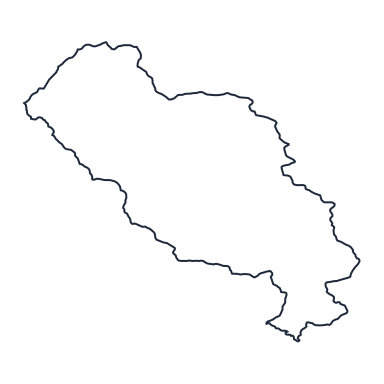 outline of Bagadó, Chocó, Colombia, rotated 269°
{"feature_id": "7082276B12521758233842", "entity_name": "Bagadó", "entity_type": "district", "adm_level": 2, "iso_a3": "COL", "parent_name": "Colombia", "parent_adm1": "Chocó", "projection": "equal_earth", "projection_center": [-76.226, 5.511], "detail": "fine", "context": "isolated", "style": "outline", "palette": "slate", "viewbox_px": 384, "rotation_deg": 269, "n_neighbors": 0, "source": "geoboundaries", "source_scale": "gbopen_adm2", "svg_char_len": 5953}
<svg xmlns="http://www.w3.org/2000/svg" viewBox="0 0 384 384"><g transform="rotate(269 192 192)"><path d="M294.6,38.9L292.7,34.8L291.8,33.6L290.3,32.4L287.4,30.9L284.9,28.0L283.8,25.7L282.0,27.4L281.4,27.5L280.1,27.6L279.5,27.9L277.1,27.8L276.0,28.4L274.2,28.4L272.7,28.9L271.0,30.7L270.3,31.9L269.7,32.3L268.1,32.3L267.3,35.6L267.3,37.1L269.0,39.3L269.3,40.3L269.3,41.1L269.1,42.0L268.4,43.6L267.2,44.1L266.1,46.4L264.8,46.9L263.1,48.9L262.5,49.2L260.0,49.5L259.4,51.1L258.4,52.7L256.9,54.0L255.2,54.9L253.7,54.7L252.6,53.8L251.4,53.3L250.6,54.8L250.2,55.2L247.0,57.1L245.9,58.5L244.5,59.5L241.9,63.0L239.4,64.4L237.8,65.9L237.1,67.1L236.2,71.9L233.4,75.4L232.7,75.7L230.2,75.8L227.5,78.4L222.0,80.2L221.7,81.7L221.1,83.2L219.5,84.8L218.3,87.4L216.8,89.3L215.3,90.0L212.8,90.3L212.3,90.5L211.0,91.8L210.2,92.1L208.1,92.6L206.6,92.4L206.1,93.0L206.0,93.8L206.1,94.7L206.9,96.8L206.9,97.7L206.7,99.5L205.5,104.6L205.3,110.4L203.9,115.2L202.7,117.0L201.1,118.6L198.8,120.1L195.0,120.8L194.3,123.0L193.9,123.7L192.4,125.4L191.1,126.1L187.3,126.3L184.9,125.3L182.6,125.3L179.3,123.3L177.3,122.9L175.7,124.1L173.3,124.1L172.7,124.6L171.4,126.8L168.5,128.1L166.7,129.4L164.3,130.1L163.1,130.1L161.8,130.9L161.2,131.7L161.1,132.6L161.5,133.7L161.1,135.3L158.1,141.7L158.2,144.6L156.9,146.8L155.9,149.2L152.7,152.9L151.2,154.0L146.4,154.7L144.9,155.8L141.9,163.1L141.4,166.0L136.5,173.7L135.3,174.0L132.3,172.1L131.7,172.0L131.0,172.2L129.0,174.5L126.7,175.2L124.3,176.7L123.7,177.4L123.3,179.9L123.2,182.3L123.2,186.6L123.5,187.6L123.5,188.5L123.0,191.1L123.2,195.1L122.9,197.4L123.1,198.8L123.1,200.9L122.5,202.6L120.7,205.1L120.1,206.8L119.2,212.6L119.6,213.3L119.7,215.5L118.7,219.1L117.6,221.8L117.3,226.1L116.6,227.6L116.2,228.0L113.5,228.7L112.5,229.7L109.9,230.4L109.6,230.9L109.4,235.6L108.7,239.0L109.1,243.2L108.6,247.8L108.3,248.6L106.1,251.6L105.5,253.0L106.9,255.9L108.8,257.9L109.8,260.0L109.9,260.9L111.1,265.1L111.6,268.0L111.6,268.7L111.4,269.2L109.4,270.8L107.6,270.8L106.6,269.8L105.4,269.3L104.3,269.8L98.5,271.6L96.5,275.5L95.3,276.5L94.6,277.9L92.5,278.9L90.6,279.2L90.3,279.9L89.9,283.3L89.4,284.3L89.0,284.6L87.3,284.7L83.7,283.4L79.7,283.2L76.0,280.6L72.7,280.4L67.1,277.7L66.5,277.0L65.2,273.7L63.1,270.7L61.7,267.3L61.4,266.0L60.9,265.0L60.5,264.7L60.0,264.7L59.5,264.1L58.9,264.2L59.5,265.8L59.5,266.8L59.0,267.6L57.5,269.0L55.8,272.8L54.7,273.1L54.3,273.5L53.9,276.4L52.7,277.7L51.9,279.0L51.7,280.1L51.7,282.8L51.2,284.2L50.7,284.9L50.1,283.6L49.4,283.0L48.3,283.3L47.8,284.3L47.5,287.8L46.9,288.5L46.4,288.6L46.5,290.3L45.8,291.0L44.4,291.4L43.3,291.3L42.6,292.1L42.2,293.1L41.0,294.6L40.8,295.5L41.3,296.4L41.9,296.8L43.8,295.2L45.1,295.5L46.0,296.2L47.2,298.2L50.0,298.1L51.8,299.0L53.2,300.6L53.6,301.7L54.6,303.1L55.6,304.1L57.4,303.7L59.5,304.6L59.7,305.6L59.6,306.4L58.9,308.7L58.7,310.2L57.6,311.2L56.7,313.2L56.4,317.6L56.6,321.5L57.2,325.2L56.9,326.0L56.8,327.2L57.5,328.4L60.7,330.7L62.0,333.4L62.6,335.6L65.3,338.1L66.5,339.8L68.0,344.0L69.0,345.0L69.7,345.3L70.4,345.3L75.8,342.8L77.4,338.6L79.2,337.6L79.3,335.9L78.7,334.2L79.2,332.8L80.2,331.7L80.7,331.6L82.9,332.1L84.5,332.1L85.9,330.7L87.7,327.4L89.3,325.4L90.0,325.0L91.4,325.5L92.7,325.5L95.0,324.1L97.8,323.8L99.0,324.7L99.3,325.3L99.8,329.4L100.3,331.8L100.6,336.0L101.2,337.5L103.5,346.4L104.5,348.8L107.2,349.4L109.5,350.6L113.1,353.0L117.1,356.8L119.7,358.2L120.7,358.3L122.1,357.5L122.5,356.9L122.8,355.8L123.5,355.2L125.1,354.4L126.4,354.3L128.2,352.7L129.8,351.8L131.2,352.0L134.1,349.8L135.5,347.9L136.7,344.9L139.6,340.1L140.7,336.9L141.1,336.4L142.2,335.8L144.9,335.1L147.2,333.3L151.2,332.8L154.1,333.6L155.2,332.9L156.4,331.2L158.0,331.7L158.7,331.6L161.5,329.7L163.5,330.0L165.3,331.9L166.7,332.0L168.3,331.3L169.8,330.1L171.3,329.7L172.6,330.3L175.2,333.8L175.9,334.2L177.5,334.4L178.7,332.9L179.1,331.9L179.3,330.5L179.3,326.0L179.4,324.3L179.7,323.5L181.9,321.3L186.4,320.1L188.3,314.8L190.0,311.6L191.7,309.3L192.2,307.7L193.0,306.0L193.4,305.6L194.9,305.6L196.1,305.2L196.5,304.7L197.0,303.1L197.0,297.1L197.8,294.0L199.6,292.8L201.6,292.6L205.2,290.9L206.1,289.9L206.5,288.8L206.8,287.9L207.1,285.0L207.4,283.8L214.4,282.0L215.5,282.0L216.3,283.0L216.9,284.8L217.7,289.8L218.9,291.5L219.9,294.8L220.4,295.4L221.1,295.3L221.8,294.7L223.0,293.2L225.4,288.6L226.2,287.4L227.3,286.6L232.5,285.2L234.7,285.0L235.9,286.4L237.4,289.4L238.2,289.5L240.1,285.0L243.7,281.0L244.4,280.5L247.8,280.7L251.3,278.2L255.9,276.3L256.7,276.2L259.3,277.7L259.9,277.7L261.5,276.4L265.0,268.9L266.2,264.9L267.5,258.4L268.0,257.2L271.4,256.0L271.6,254.3L272.0,253.4L273.1,252.1L276.1,250.8L277.7,251.3L279.3,253.5L280.1,254.0L280.9,254.3L281.8,254.1L282.5,253.7L283.1,252.9L283.3,252.2L285.0,249.9L285.8,241.6L286.8,238.9L288.0,236.8L288.9,232.4L289.9,230.5L290.3,229.3L290.0,227.5L289.1,225.4L288.4,220.0L288.4,216.9L289.2,208.8L290.3,206.4L291.0,205.5L291.8,203.1L291.7,200.8L290.8,198.2L290.9,195.8L290.4,192.0L290.3,187.5L290.1,186.4L289.3,184.1L289.3,180.8L289.1,179.6L285.9,175.8L284.9,172.6L284.9,170.5L287.1,168.2L288.7,166.0L290.5,163.3L291.9,159.8L293.1,158.0L294.3,157.2L296.3,157.0L297.3,156.6L299.4,155.5L300.4,155.3L301.6,154.5L304.6,154.5L306.2,154.1L307.0,153.5L308.4,151.0L308.9,150.4L310.3,149.2L312.9,148.3L316.0,143.8L316.8,143.0L318.0,140.7L318.2,140.0L318.6,139.7L321.8,140.0L325.0,141.2L326.3,142.9L327.0,143.2L330.2,143.3L332.1,142.7L338.1,139.2L338.0,136.6L339.6,133.4L339.9,131.6L340.0,126.5L339.2,122.9L339.1,121.4L338.6,120.3L336.5,117.7L336.0,116.7L336.0,116.0L336.6,114.0L337.7,113.3L340.4,110.3L343.0,109.1L343.2,108.2L342.4,105.8L340.7,102.2L339.3,97.8L339.5,95.5L341.0,92.1L341.1,88.9L340.2,87.2L339.0,85.7L337.4,84.5L337.0,83.7L336.5,82.3L336.5,80.2L334.5,79.6L333.6,78.8L332.1,78.1L329.1,75.3L328.6,74.5L328.0,71.5L326.4,68.7L323.7,65.8L322.5,64.8L319.6,60.5L317.1,60.1L315.0,58.7L314.1,58.5L306.9,51.2L298.1,45.7L298.0,44.4L298.3,41.7L298.2,41.1L297.4,40.3L294.6,38.9Z" fill="none" stroke="#1e293b" stroke-width="2"/></g></svg>